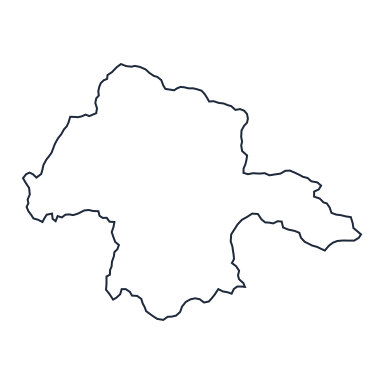 Congonhas, Minas Gerais, Brazil (Mercator projection)
{"feature_id": "56859067B31622134997512", "entity_name": "Congonhas", "entity_type": "district", "adm_level": 2, "iso_a3": "BRA", "parent_name": "Brazil", "parent_adm1": "Minas Gerais", "projection": "mercator", "projection_center": [-43.854, -20.518], "detail": "fine", "context": "isolated", "style": "outline", "palette": "slate", "viewbox_px": 384, "rotation_deg": 0, "n_neighbors": 0, "source": "geoboundaries", "source_scale": "gbopen_adm2", "svg_char_len": 2961}
<svg xmlns="http://www.w3.org/2000/svg" viewBox="0 0 384 384"><path d="M23.0,178.2L25.7,182.8L29.1,188.0L29.8,194.5L27.6,199.6L28.4,203.2L26.6,206.9L28.4,211.2L31.4,215.2L33.4,218.4L38.2,219.8L42.5,222.0L44.4,218.3L46.7,214.7L52.0,213.6L52.6,218.8L55.6,221.2L57.6,216.1L61.9,217.4L65.4,214.7L69.1,214.4L73.2,215.1L78.0,213.6L84.4,210.4L88.9,210.0L93.0,211.0L98.4,211.2L99.5,215.8L102.6,217.9L106.7,217.8L109.5,221.7L114.4,222.0L113.5,227.0L111.7,232.1L113.4,237.1L115.2,241.9L118.9,245.0L117.4,249.2L114.4,252.1L113.9,256.3L112.0,261.6L111.6,266.5L110.1,269.9L109.9,274.7L106.5,276.5L106.5,284.3L106.0,289.7L109.2,293.6L113.1,299.6L116.3,297.8L120.2,294.2L121.7,289.1L125.7,289.1L129.9,291.9L132.0,295.6L137.1,295.9L141.3,298.9L142.7,303.5L144.6,307.0L146.1,311.1L150.0,314.0L153.2,316.3L157.3,318.9L163.3,319.9L167.7,316.8L171.9,316.6L176.1,315.6L180.1,312.0L182.1,306.5L185.8,301.9L190.5,299.3L195.2,298.3L199.7,299.2L204.0,302.5L208.8,301.5L211.5,298.6L214.7,294.6L218.3,289.1L222.8,291.4L227.8,292.3L231.6,293.7L233.8,289.0L237.3,286.5L240.8,286.5L244.9,286.9L243.4,283.1L239.1,279.3L238.0,275.5L239.1,270.7L236.1,266.2L231.9,263.1L234.0,259.1L233.6,254.5L233.0,250.9L232.4,246.5L230.7,241.4L231.2,234.4L234.4,229.4L237.6,224.4L241.9,219.8L247.3,216.8L252.2,213.6L257.9,214.0L261.4,219.3L265.2,222.4L269.1,222.6L273.2,223.4L277.7,221.2L281.7,221.6L283.1,227.5L288.4,229.6L294.6,230.9L299.3,232.8L301.0,237.8L304.7,241.8L308.4,243.6L312.0,245.5L317.1,246.9L321.0,248.8L324.8,250.5L328.9,245.7L332.7,242.8L337.2,241.0L342.8,240.5L348.8,240.6L354.2,240.6L358.8,237.8L361.0,234.4L357.5,231.4L353.4,228.0L352.7,223.2L350.8,217.1L345.8,216.4L340.6,215.1L336.2,214.6L331.4,212.8L329.7,207.6L326.8,203.4L323.5,202.4L319.8,198.6L314.1,196.6L314.1,191.6L318.8,189.4L321.1,185.6L317.3,182.4L311.3,181.3L307.6,178.0L302.9,176.8L299.3,174.8L295.1,172.8L289.9,170.6L285.3,170.8L280.5,173.6L275.1,174.4L269.5,175.3L264.7,173.2L259.0,173.6L253.2,173.2L247.9,174.2L243.5,172.9L243.6,168.4L245.3,164.6L246.4,160.2L247.1,155.5L242.1,151.0L241.2,145.4L242.1,141.6L241.2,137.1L241.5,130.5L244.0,125.9L247.0,122.7L247.9,118.6L247.0,114.0L244.2,110.7L240.0,109.1L235.4,109.9L231.2,106.1L227.6,105.1L223.7,103.5L218.7,102.9L213.7,101.2L209.1,101.5L207.4,98.4L204.8,94.2L201.6,90.7L198.2,89.6L193.2,88.3L188.5,88.3L184.4,87.3L180.6,86.9L177.1,88.3L174.1,90.3L170.5,89.7L165.4,88.9L163.2,85.3L161.3,80.1L157.3,76.9L153.8,75.9L149.4,72.9L145.6,69.4L139.9,66.9L134.8,65.9L131.5,66.7L126.2,66.1L120.9,64.1L116.6,67.3L112.0,72.1L107.5,75.1L107.1,78.9L103.7,80.3L100.7,83.2L99.2,87.1L98.3,91.3L98.8,95.5L96.2,98.4L95.3,103.0L97.0,108.3L96.2,113.2L92.9,114.6L89.2,116.1L85.7,114.6L81.6,116.4L77.7,117.2L74.3,116.9L70.2,116.8L68.6,122.3L66.7,126.4L64.0,129.3L61.3,134.2L58.3,137.9L56.4,141.1L54.7,144.4L53.1,148.7L51.5,152.8L49.2,156.0L46.3,159.7L43.4,165.1L42.5,169.4L41.2,174.0L36.4,177.6L33.0,174.3L29.6,172.6L26.1,174.2L23.0,178.2Z" fill="none" stroke="#1e293b" stroke-width="2"/></svg>